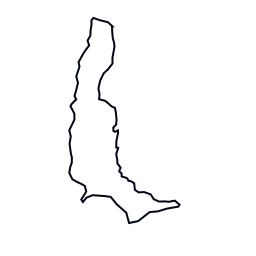 outline of Eledio, Paphos, Cyprus, rotated 206°
{"feature_id": "46923920B56719534080492", "entity_name": "Eledio", "entity_type": "district", "adm_level": 2, "iso_a3": "CYP", "parent_name": "Cyprus", "parent_adm1": "Paphos", "projection": "albers", "projection_center": [32.562, 34.811], "detail": "fine", "context": "isolated", "style": "outline", "palette": "ink", "viewbox_px": 256, "rotation_deg": 206, "n_neighbors": 0, "source": "geoboundaries", "source_scale": "gbopen_adm2", "svg_char_len": 1428}
<svg xmlns="http://www.w3.org/2000/svg" viewBox="0 0 256 256"><g transform="rotate(206 128 128)"><path d="M48.0,81.7L54.1,83.2L59.1,79.5L62.7,78.2L67.8,75.5L73.6,75.3L78.6,78.3L85.4,77.5L90.2,74.8L94.7,75.4L98.2,81.0L101.5,81.5L104.5,80.8L106.6,82.4L108.9,82.3L112.4,81.6L113.8,84.3L117.0,85.2L117.2,89.0L119.9,90.5L122.0,91.4L123.6,94.5L127.2,99.5L127.8,103.9L128.2,105.9L130.2,105.4L131.0,107.5L132.5,110.5L133.3,113.4L134.7,119.0L136.0,121.4L138.0,118.9L139.7,118.9L141.4,121.9L140.2,125.7L140.9,127.7L141.7,130.0L143.4,132.8L145.8,136.8L148.7,140.4L152.3,140.2L156.6,141.5L160.6,142.4L166.6,141.2L168.5,146.1L171.6,150.0L172.4,152.4L173.8,158.7L173.8,166.5L171.7,171.9L170.2,179.2L172.8,184.4L175.7,195.0L177.9,198.5L181.2,202.3L184.2,207.3L187.0,212.4L186.6,212.6L192.5,214.3L200.8,212.5L207.1,211.8L207.4,211.7L208.0,208.7L206.1,204.8L204.3,199.0L202.3,194.6L202.7,188.9L199.1,185.2L200.5,178.1L200.9,173.9L201.3,165.5L198.5,161.9L197.1,151.7L192.7,146.6L190.9,138.0L190.1,133.3L187.1,131.0L189.2,124.7L189.3,122.4L182.4,117.3L179.8,111.9L179.8,107.2L179.8,100.2L175.8,95.5L173.6,88.2L168.0,79.8L165.5,76.9L163.3,72.1L162.8,67.6L161.1,61.9L155.5,57.5L149.6,57.2L145.4,57.3L141.4,57.0L137.7,52.6L138.0,48.8L138.7,43.3L136.0,41.7L134.9,47.1L130.3,52.1L119.4,56.5L113.3,58.5L104.7,54.5L92.4,51.1L85.4,43.1L78.1,48.7L71.7,61.9L64.4,66.3L57.8,72.5L48.3,79.4L48.0,81.7Z" fill="none" stroke="#020617" stroke-width="2"/></g></svg>